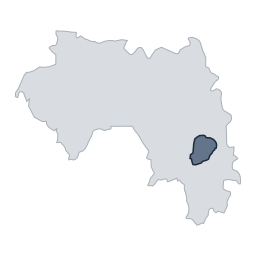 where Kérouané sits in Guinea
{"feature_id": "GIN-5642", "entity_name": "Kérouané", "entity_type": "Prefecture", "adm_level": 1, "iso_a3": "GIN", "parent_name": "Guinea", "parent_adm1": "", "projection": "natural_earth1", "projection_center": [-8.86, 9.325], "detail": "fine", "context": "in_parent", "style": "filled", "palette": "slate", "viewbox_px": 256, "rotation_deg": 0, "n_neighbors": 0, "source": "natural_earth", "source_scale": "10m", "svg_char_len": 4069}
<svg xmlns="http://www.w3.org/2000/svg" viewBox="0 0 256 256"><path d="M161.0,180.0L158.6,179.6L157.6,180.1L154.4,184.4L152.5,186.0L149.6,185.5L148.6,185.8L147.8,185.3L148.9,183.0L150.4,178.4L154.2,173.7L154.3,172.8L152.7,170.1L151.1,166.4L151.1,162.4L150.8,159.6L147.4,158.8L146.8,158.3L146.7,157.3L148.6,152.4L148.8,151.4L148.5,150.5L146.4,147.9L143.2,143.3L137.6,133.7L135.6,131.7L133.6,128.7L132.8,126.9L130.7,126.2L111.2,126.3L110.9,128.8L104.2,130.5L100.0,128.6L95.4,129.7L93.2,131.0L91.4,136.6L90.4,137.8L89.4,140.3L88.5,141.7L87.5,144.4L85.3,148.4L83.0,150.9L79.1,152.3L77.9,156.4L77.0,158.0L75.5,159.2L73.9,160.0L70.7,159.2L68.9,159.9L68.6,158.9L69.6,155.6L68.8,153.9L65.7,150.5L65.5,148.8L64.5,146.7L60.5,142.3L56.7,142.6L57.8,138.9L57.8,134.0L56.5,131.4L56.8,128.6L56.1,128.8L54.9,130.7L52.8,130.1L48.7,127.2L46.7,124.4L46.5,122.0L46.0,121.0L44.7,121.5L42.2,121.5L34.3,117.2L28.8,106.5L28.7,104.1L29.5,99.9L29.3,98.8L26.8,101.6L26.3,99.7L24.3,95.4L23.8,92.9L21.9,91.8L20.4,91.6L19.2,92.4L17.7,97.5L16.5,97.4L15.4,96.4L15.6,92.6L18.7,87.9L23.8,76.0L25.6,73.3L26.7,72.4L29.1,72.3L33.8,70.7L39.5,67.0L43.9,67.3L49.0,66.8L55.8,64.3L55.9,56.3L55.7,54.5L53.3,52.9L51.9,51.6L50.7,49.8L49.3,48.5L49.3,47.2L52.3,45.5L55.1,45.5L56.0,44.9L56.6,43.7L57.4,40.9L57.7,37.8L55.9,33.8L56.1,30.9L65.9,31.3L71.3,32.1L75.8,32.3L76.5,33.0L75.8,35.8L76.4,37.4L77.9,37.9L80.4,35.9L81.7,36.4L84.4,38.8L87.0,39.5L89.8,40.8L92.5,41.5L94.8,41.4L96.6,42.8L99.9,43.2L104.1,41.5L107.5,40.7L112.2,40.5L114.6,41.1L121.8,39.7L127.4,40.5L126.5,41.4L123.9,47.8L124.2,48.9L129.9,54.3L131.3,54.7L132.8,54.0L135.3,51.5L137.2,48.8L139.1,47.5L141.3,47.6L143.0,49.5L147.1,57.5L148.1,58.5L149.1,58.5L150.9,57.0L151.8,55.2L155.5,49.9L161.4,47.3L175.2,53.4L177.3,53.8L178.5,53.4L180.2,49.8L185.4,46.7L187.9,45.9L189.3,45.8L189.9,44.8L190.2,43.3L189.9,41.8L188.3,39.1L188.2,38.3L189.1,37.8L191.1,37.4L193.7,37.7L196.6,38.9L199.0,40.5L200.3,42.6L202.9,51.0L205.8,57.6L205.7,66.5L207.0,67.4L208.4,67.8L209.1,68.5L210.5,72.1L211.8,73.2L213.4,73.5L216.4,75.8L218.4,76.7L218.6,77.4L218.6,78.4L217.8,79.6L214.9,82.1L213.5,84.2L210.5,89.2L210.4,90.1L211.1,90.8L212.3,90.9L213.6,90.6L216.3,88.8L218.5,89.4L220.5,90.8L221.3,92.3L221.5,94.2L221.0,96.6L220.9,99.4L221.6,104.1L222.7,108.8L223.8,110.5L230.6,114.6L231.3,116.2L231.6,117.9L231.1,120.3L230.4,121.6L226.7,125.3L226.1,127.0L226.4,130.3L226.7,144.0L228.1,146.3L229.9,147.5L234.0,146.9L233.9,150.7L233.4,155.0L235.8,156.3L237.0,157.6L237.7,158.8L233.9,161.1L232.8,162.4L232.2,165.9L232.4,169.2L237.5,171.6L239.5,174.4L240.3,177.2L240.6,182.6L240.2,183.9L238.9,183.9L236.3,180.6L232.3,180.2L229.4,179.6L224.4,180.0L223.6,181.0L223.0,188.2L224.2,189.4L226.6,190.8L228.1,191.4L229.4,191.2L230.4,192.1L230.6,194.4L229.9,196.2L228.6,197.8L227.0,201.9L227.4,205.7L224.6,211.8L223.8,213.0L220.1,211.8L217.7,211.4L216.0,212.9L213.6,210.6L213.2,208.7L212.3,208.3L210.7,208.3L209.2,209.4L208.5,211.3L208.2,215.2L205.5,218.9L203.6,223.5L201.4,223.0L201.0,223.6L198.6,224.8L196.6,225.1L196.1,223.9L195.0,222.9L193.7,221.0L192.2,219.4L189.4,218.3L188.2,218.8L186.9,218.6L186.0,218.0L186.2,217.1L187.6,214.7L188.5,212.5L188.9,210.1L188.9,207.8L188.2,204.5L186.9,202.0L186.6,200.5L186.7,198.4L186.4,196.4L186.0,195.4L185.4,191.7L184.7,191.0L184.3,188.0L184.4,184.9L183.3,183.8L181.6,182.9L180.6,181.7L179.9,180.4L179.3,180.0L178.8,180.1L178.3,180.9L177.7,181.1L176.7,178.2L176.3,178.1L175.6,178.8L167.7,181.9L166.6,179.2L165.1,178.7L162.5,179.8L161.0,180.0Z" fill="#d9dde1" stroke="#a8b0b8" stroke-width="1"/><path d="M190.0,158.5L190.5,154.7L193.0,152.9L193.5,146.5L193.7,144.0L194.8,139.0L196.5,137.5L199.5,135.6L203.8,135.3L205.2,136.0L205.9,137.4L207.1,137.7L210.3,137.9L211.5,138.5L213.4,139.4L214.9,140.9L216.3,143.1L216.6,145.4L216.2,148.1L214.9,148.6L214.6,150.0L213.6,150.4L212.5,152.1L211.8,153.6L210.4,154.7L209.1,157.4L209.0,157.7L208.9,158.1L208.7,158.7L208.6,158.9L208.6,159.1L207.5,159.7L206.2,160.4L203.8,160.9L202.5,161.6L201.2,163.0L195.7,164.8L192.9,164.5L192.0,161.7L191.4,158.8L190.0,158.5Z" fill="#64748b" stroke="#1e293b" stroke-width="1.5"/></svg>